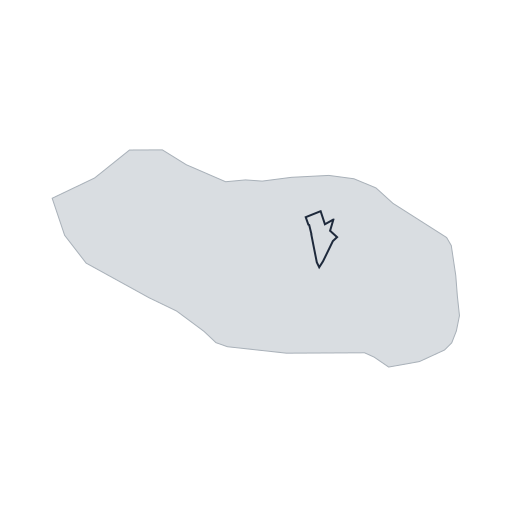 81, Ar Rayyān, Qatar (highlighted), rotated 281°
{"feature_id": "91078587B52698515683272", "entity_name": "81", "entity_type": "district", "adm_level": 2, "iso_a3": "QAT", "parent_name": "Qatar", "parent_adm1": "Ar Rayyān", "projection": "natural_earth1", "projection_center": [51.325, 25.138], "detail": "fine", "context": "in_parent", "style": "outline", "palette": "slate", "viewbox_px": 512, "rotation_deg": 281, "n_neighbors": 0, "source": "geoboundaries", "source_scale": "gbopen_adm2", "svg_char_len": 872}
<svg xmlns="http://www.w3.org/2000/svg" viewBox="0 0 512 512"><g transform="rotate(281 256 256)"><path d="M275.0,455.8L255.1,461.3L236.3,467.1L220.7,467.0L208.1,464.7L199.7,459.0L183.6,436.6L172.3,407.4L179.3,391.2L181.7,381.0L166.4,304.3L161.5,245.3L163.3,233.2L172.1,219.3L186.8,188.6L194.6,159.0L216.6,90.6L239.8,64.2L273.8,44.9L301.8,82.7L335.9,111.6L342.3,143.8L332.3,170.1L323.1,212.0L328.7,231.2L330.7,247.8L340.0,275.8L349.0,312.1L350.5,337.4L345.7,360.8L333.8,380.4L310.5,439.6L303.5,445.7L275.0,455.8Z" fill="#d9dde1" stroke="#a8b0b8" stroke-width="1"/><path d="M257.0,320.2L263.6,322.8L274.0,325.6L285.3,328.6L290.0,332.0L294.9,323.9L306.5,325.0L306.5,324.9L300.3,317.6L312.3,310.9L312.2,310.7L307.1,302.8L303.6,297.4L296.8,301.4L296.6,302.3L288.1,306.2L287.9,306.1L277.8,310.2L261.4,316.9L257.0,320.2Z" fill="none" stroke="#1e293b" stroke-width="2"/></g></svg>